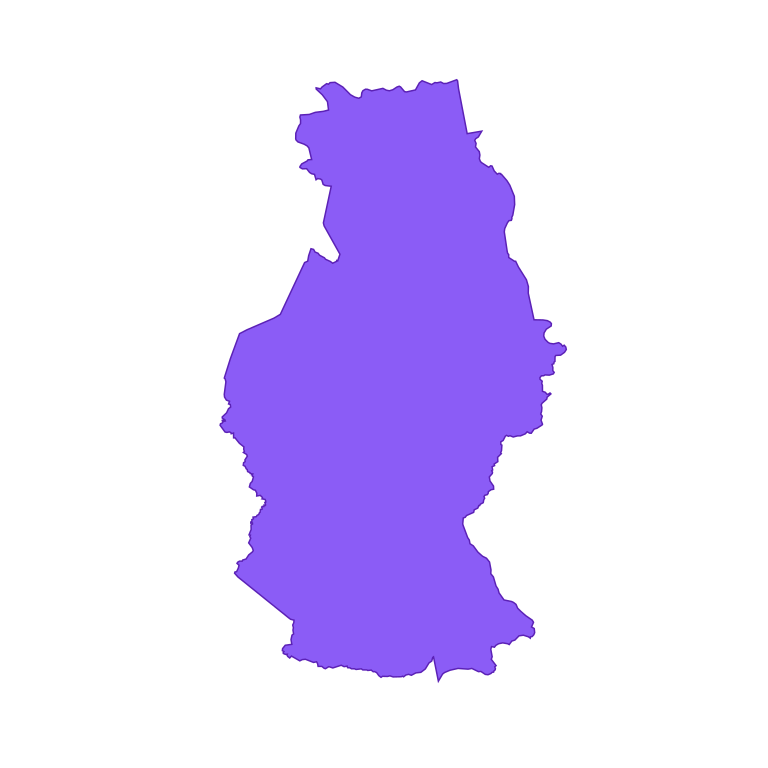 Santa Lucia, Guayas, Ecuador (Mercator projection), rotated 258°
{"feature_id": "8360857B32465002428557", "entity_name": "Santa Lucia", "entity_type": "district", "adm_level": 2, "iso_a3": "ECU", "parent_name": "Ecuador", "parent_adm1": "Guayas", "projection": "mercator", "projection_center": [-80.061, -1.713], "detail": "fine", "context": "isolated", "style": "filled", "palette": "violet", "viewbox_px": 768, "rotation_deg": 258, "n_neighbors": 0, "source": "geoboundaries", "source_scale": "gbopen_adm2", "svg_char_len": 6135}
<svg xmlns="http://www.w3.org/2000/svg" viewBox="0 0 768 768"><g transform="rotate(258 384 384)"><path d="M137.1,236.9L130.7,244.1L131.4,246.7L131.1,249.9L126.3,257.2L126.3,260.3L124.1,260.9L121.5,260.8L120.7,264.5L118.4,266.3L117.7,267.5L119.0,271.3L116.9,274.9L117.8,283.7L115.8,286.2L115.7,289.3L114.1,289.4L113.4,291.8L112.2,292.9L111.6,295.9L110.6,297.3L110.1,302.6L108.8,303.7L107.9,307.7L107.2,308.5L106.8,312.0L104.8,313.6L104.6,315.1L103.2,316.8L99.8,318.3L97.7,320.1L98.4,321.7L97.2,326.7L97.3,329.1L95.6,332.0L94.1,340.0L94.3,341.5L93.5,342.3L94.8,344.9L94.9,347.7L93.4,350.2L94.8,355.1L94.3,360.1L96.7,365.2L101.8,370.0L103.1,373.1L106.4,374.8L106.8,375.7L82.0,375.4L88.1,381.0L89.2,383.3L90.3,389.1L90.4,397.3L87.6,407.0L87.5,410.8L83.0,416.6L82.7,419.0L78.9,422.7L78.0,425.3L78.6,428.4L79.5,429.8L79.4,431.3L80.4,431.8L81.3,433.3L82.4,433.8L84.3,433.5L85.2,435.1L92.4,431.7L94.7,433.1L102.3,433.3L104.8,434.6L103.6,437.3L105.1,439.1L106.1,442.1L106.1,446.3L104.2,451.0L103.1,452.3L106.0,455.6L106.3,458.8L109.6,463.7L109.3,468.1L106.7,472.7L105.0,474.2L106.2,474.7L106.2,476.5L107.6,478.4L109.5,479.7L113.6,480.1L115.7,477.8L119.8,480.7L122.2,479.9L128.0,474.4L133.1,470.6L136.9,468.1L141.0,467.3L143.4,465.3L144.7,463.6L147.8,456.5L155.7,453.1L159.6,452.9L163.1,451.6L172.5,450.9L176.3,449.0L179.9,450.0L187.9,450.2L192.3,448.0L195.0,444.6L200.0,440.9L207.1,437.7L209.9,434.9L213.6,435.0L216.4,433.9L229.2,432.0L230.7,431.9L236.5,433.7L236.7,435.7L238.2,437.4L239.8,445.0L242.2,446.1L243.1,449.9L245.4,451.5L245.2,452.3L246.4,453.3L247.3,456.4L250.0,457.5L251.3,458.7L253.1,458.4L254.2,459.5L254.3,462.0L255.3,463.1L257.0,463.7L258.3,466.7L258.3,469.4L261.4,469.9L267.1,467.5L271.2,467.7L273.9,471.3L275.2,471.8L276.8,471.3L277.3,472.4L280.6,472.5L281.2,475.2L282.8,475.1L284.4,479.2L288.7,479.9L291.5,484.3L292.5,483.8L294.4,485.1L299.7,486.6L300.5,485.7L303.1,486.2L304.0,488.8L307.7,491.8L308.3,493.2L307.0,494.8L307.2,496.5L305.3,499.4L305.5,503.7L304.9,506.8L305.9,511.9L307.5,514.1L305.7,516.1L305.2,517.8L308.7,521.5L308.9,524.4L311.1,530.2L311.7,530.7L316.0,530.1L319.6,532.1L322.1,531.1L324.3,532.4L327.9,533.5L331.0,533.5L332.3,534.6L335.4,540.1L337.2,540.8L339.6,545.2L340.7,544.5L339.9,542.6L340.1,541.3L342.4,540.0L343.9,537.5L349.8,538.7L351.7,538.4L353.8,539.3L356.2,537.6L357.8,537.8L359.3,539.7L358.9,541.9L359.4,543.5L358.3,547.6L358.7,551.8L360.0,552.9L362.0,551.9L365.0,552.6L368.2,552.4L368.5,554.3L370.1,554.9L370.5,555.9L375.3,557.0L376.2,558.0L375.5,562.8L377.5,567.2L379.8,569.5L382.4,569.5L384.5,568.3L383.8,566.5L386.1,565.5L388.1,563.5L388.0,558.2L389.3,554.6L390.8,553.0L394.3,550.8L397.7,550.2L400.7,551.2L403.9,554.2L406.0,559.6L408.2,560.3L409.9,559.5L412.0,557.0L413.6,552.8L415.6,544.1L442.8,544.0L449.3,545.5L456.3,545.0L470.5,539.8L476.7,538.3L476.9,537.2L481.8,532.3L484.7,532.9L486.2,532.1L488.5,532.1L507.8,533.3L510.9,534.4L516.0,538.2L517.8,540.2L517.6,542.6L519.1,543.5L520.4,543.6L522.4,545.1L532.3,549.1L540.5,550.5L552.3,548.4L557.4,546.5L564.5,542.6L565.0,541.7L565.6,541.8L566.2,540.2L565.7,538.4L569.5,536.1L574.7,535.0L575.3,533.7L574.2,531.5L580.4,525.3L581.9,524.5L584.5,524.1L588.0,525.4L591.5,525.5L596.8,522.8L600.2,524.1L603.4,523.4L604.9,524.7L606.0,527.6L611.0,532.2L611.6,517.4L657.3,518.3L665.3,519.0L666.5,518.4L665.0,507.9L665.5,504.8L667.6,502.3L667.6,498.4L668.3,496.5L667.0,492.9L672.7,484.3L671.2,481.2L665.1,475.9L665.0,466.6L665.7,464.9L671.1,462.0L672.1,460.8L671.8,458.4L670.0,453.8L669.7,450.2L670.9,447.4L673.4,444.4L673.3,432.9L675.7,429.1L676.2,427.2L675.3,424.4L673.4,422.8L669.6,421.5L668.7,418.8L670.7,415.0L674.0,411.3L683.0,405.5L689.3,398.8L690.0,393.9L688.8,392.1L689.7,390.3L687.3,385.0L685.9,383.3L687.8,379.2L686.6,379.0L679.7,383.8L671.9,387.4L663.5,386.7L663.3,381.4L664.0,373.2L663.2,367.0L664.5,358.2L662.6,357.2L659.7,357.3L656.1,356.5L654.2,354.4L647.7,349.9L642.1,348.6L641.0,348.7L638.7,350.1L635.2,355.7L632.9,358.3L630.5,359.6L618.6,359.9L619.1,356.3L618.1,355.1L616.4,349.3L614.2,347.0L613.3,346.8L611.4,348.9L610.7,353.1L606.4,355.2L604.7,356.9L603.5,359.6L597.9,360.0L598.7,361.8L597.7,364.5L596.4,365.6L591.9,366.0L590.4,367.7L588.4,373.5L554.2,358.2L551.1,358.3L520.1,367.9L514.1,364.3L514.7,363.5L513.8,363.0L512.8,358.9L515.0,357.0L518.2,352.7L519.8,352.0L523.4,347.7L525.6,346.7L527.4,344.0L530.3,343.1L531.5,340.7L525.2,337.0L520.0,334.9L519.3,331.6L473.7,297.1L471.3,290.0L465.5,261.2L463.3,253.2L440.7,239.0L423.0,229.0L421.9,229.7L419.0,229.8L407.1,225.6L404.4,225.3L401.0,226.5L399.2,229.3L396.8,227.8L395.9,229.4L393.3,229.2L392.2,226.8L388.5,224.0L385.4,218.9L384.3,218.7L382.1,220.9L380.8,221.1L380.8,220.2L382.1,219.2L382.1,218.2L381.6,218.1L380.8,219.1L379.4,217.5L379.1,215.8L377.7,215.1L370.1,218.5L369.3,220.3L369.3,222.9L368.1,224.2L367.1,224.2L367.3,226.6L362.6,225.7L362.3,227.1L356.1,230.2L351.6,233.9L349.4,233.2L347.0,233.4L346.3,232.2L343.6,235.0L341.8,235.3L338.7,232.2L336.9,232.0L336.2,230.3L333.7,229.4L332.4,231.0L329.7,231.6L328.8,232.4L326.7,232.4L325.1,234.5L324.3,234.5L323.3,236.8L322.6,235.8L322.2,236.5L321.2,236.1L320.3,237.0L316.1,234.8L314.6,232.6L311.3,230.9L307.7,234.3L306.8,236.1L303.7,236.9L300.9,236.2L300.8,239.8L298.4,241.4L297.5,241.5L297.0,240.8L295.8,243.7L294.2,244.0L292.8,243.6L292.9,242.8L290.3,243.0L289.8,242.3L290.5,241.5L289.1,240.9L289.6,239.5L289.0,238.7L288.0,239.0L286.8,238.6L287.0,237.1L284.2,236.1L284.0,235.4L282.4,234.3L281.9,232.5L280.8,231.5L281.0,228.2L279.3,228.3L278.8,226.5L277.3,226.3L276.7,225.0L275.6,224.8L275.5,226.4L274.4,226.3L273.7,224.6L269.3,223.8L264.5,220.6L263.9,221.9L262.6,221.0L260.9,221.6L256.7,218.6L251.4,221.1L248.3,221.5L247.2,220.5L245.0,216.2L241.5,212.7L241.2,209.2L240.2,208.4L240.8,205.8L240.1,203.8L239.1,202.9L236.9,204.5L234.2,203.2L231.1,200.8L231.1,199.1L230.0,198.5L225.6,201.0L175.0,242.2L173.3,243.7L171.7,246.9L169.2,246.1L167.2,244.6L164.4,244.7L162.3,243.8L158.3,243.6L157.5,241.8L153.3,239.9L148.5,239.7L149.0,233.1L146.3,229.8L144.3,229.1L143.1,230.5L141.9,229.4L141.2,229.7L140.0,231.4L139.8,233.2L139.1,232.7L137.5,233.2L135.6,234.8L137.1,236.9Z" fill="#8b5cf6" stroke="#5b21b6" stroke-width="1.5"/></g></svg>